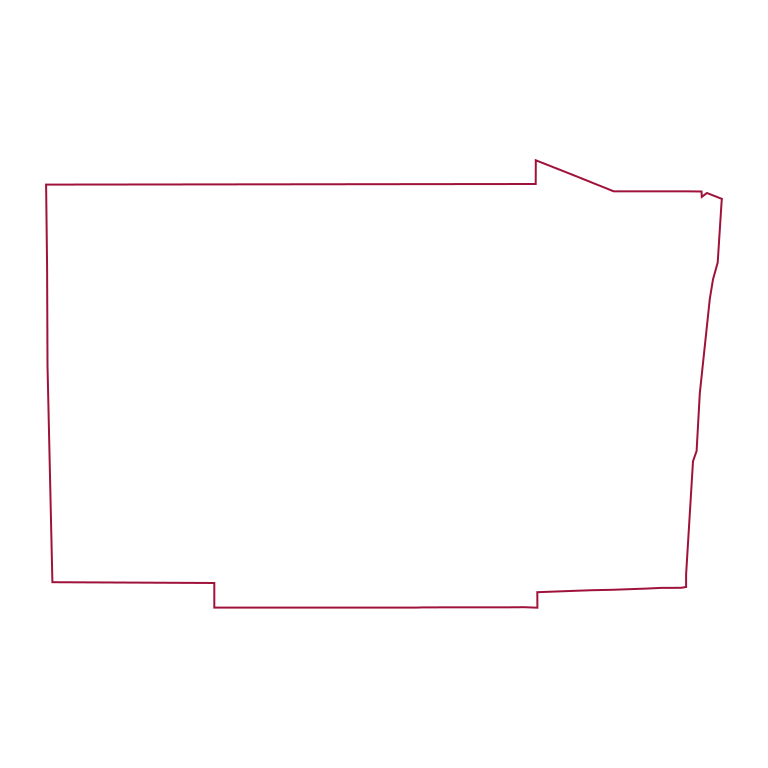 Broward, Florida, United States of America
{"feature_id": "52423323B57626365826979", "entity_name": "Broward", "entity_type": "district", "adm_level": 2, "iso_a3": "USA", "parent_name": "United States of America", "parent_adm1": "Florida", "projection": "equal_earth", "projection_center": [-80.306, 26.156], "detail": "fine", "context": "isolated", "style": "outline", "palette": "rose", "viewbox_px": 768, "rotation_deg": 0, "n_neighbors": 0, "source": "geoboundaries", "source_scale": "gbopen_adm2", "svg_char_len": 673}
<svg xmlns="http://www.w3.org/2000/svg" viewBox="0 0 768 768"><path d="M47.1,268.0L47.5,365.1L47.5,365.4L52.4,582.2L214.3,583.0L214.3,607.6L416.2,607.6L423.0,607.4L470.2,607.3L470.3,607.3L510.8,607.3L524.3,607.2L537.4,607.7L537.3,592.2L577.9,590.7L592.3,590.2L611.9,589.8L645.9,588.6L660.7,587.9L660.9,587.9L681.0,587.8L686.1,587.0L686.1,574.4L693.0,461.3L695.4,454.4L696.6,451.0L699.8,393.3L709.8,298.9L713.0,279.4L717.7,262.5L721.6,201.6L721.9,198.9L706.9,193.0L701.8,196.9L701.5,191.5L684.0,191.3L642.3,191.3L642.0,191.3L641.9,191.3L613.6,191.3L575.3,175.9L535.8,160.3L535.7,184.0L535.3,184.0L46.1,184.6L47.1,268.0Z" fill="none" stroke="#9f1239" stroke-width="2"/></svg>